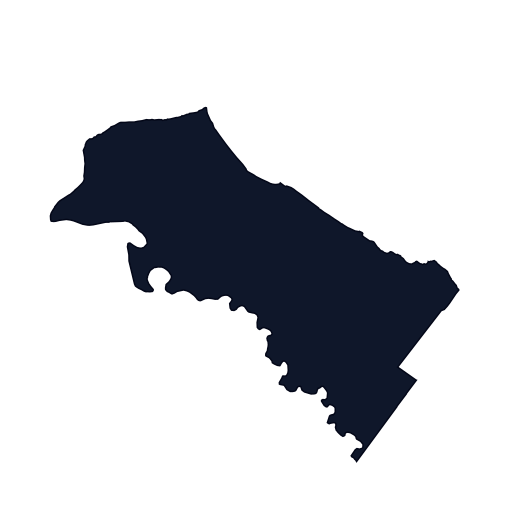 Kiang West, Lower River, Gambia, rotated 37°
{"feature_id": "56634734B57370738255875", "entity_name": "Kiang West", "entity_type": "district", "adm_level": 2, "iso_a3": "GMB", "parent_name": "Gambia", "parent_adm1": "Lower River", "projection": "orthographic", "projection_center": [-15.997, 13.345], "detail": "fine", "context": "isolated", "style": "filled", "palette": "ink", "viewbox_px": 512, "rotation_deg": 37, "n_neighbors": 0, "source": "geoboundaries", "source_scale": "gbopen_adm2", "svg_char_len": 6097}
<svg xmlns="http://www.w3.org/2000/svg" viewBox="0 0 512 512"><g transform="rotate(37 256 256)"><path d="M89.2,337.6L98.4,334.9L102.6,332.8L104.4,331.6L107.2,329.0L115.5,319.5L118.2,317.4L118.8,316.3L119.7,315.7L127.4,309.5L129.2,307.9L130.1,306.8L133.9,305.1L138.1,304.7L139.0,305.1L142.3,305.1L145.5,305.6L147.5,306.2L151.7,306.1L156.4,307.4L158.2,308.3L161.5,311.2L161.8,312.1L161.3,316.7L159.7,318.9L158.3,319.8L155.9,320.9L152.1,321.4L147.6,321.5L146.9,322.0L146.3,323.1L147.8,326.0L153.8,331.5L157.6,336.4L175.8,351.4L177.8,352.5L179.6,352.5L181.9,352.3L184.6,351.7L188.1,351.3L188.2,350.8L189.5,350.8L190.8,349.7L192.8,348.4L194.6,346.6L194.6,345.5L194.0,344.6L190.0,343.7L187.1,342.8L184.0,341.0L182.4,339.7L182.4,338.8L181.7,337.9L180.6,334.1L180.2,331.2L181.6,326.4L182.5,325.7L184.3,323.7L187.4,321.5L189.4,320.9L191.0,320.7L194.6,320.7L194.1,320.9L195.2,320.7L200.3,322.6L201.7,324.6L202.1,327.2L202.1,329.2L201.4,332.8L203.0,335.9L204.1,337.2L206.5,337.7L208.5,337.2L210.8,337.0L211.7,336.8L213.0,334.8L214.2,331.8L218.6,326.7L222.0,325.3L224.7,324.7L230.5,324.7L233.2,325.2L235.4,325.9L236.7,325.9L237.7,325.6L238.6,325.0L241.0,320.6L243.3,318.3L246.2,316.6L249.3,315.1L251.3,313.5L251.6,312.8L251.8,311.1L252.5,308.7L254.0,306.7L254.7,306.0L256.1,304.9L257.4,304.3L258.1,304.2L261.4,304.2L262.3,304.5L263.0,305.1L263.4,305.6L263.6,307.1L263.6,309.8L266.7,313.1L269.0,314.0L271.2,312.7L271.9,311.4L272.3,310.3L272.2,308.1L273.3,305.6L274.6,303.9L277.1,303.2L282.7,305.0L284.0,305.0L287.4,303.5L288.7,302.8L289.8,302.4L292.5,302.4L294.7,303.8L296.9,308.4L300.0,312.2L301.8,312.7L303.2,312.4L304.5,309.1L306.1,308.0L309.2,307.1L311.3,306.7L313.6,307.0L315.6,308.3L315.9,308.9L315.7,310.0L315.3,311.2L314.6,311.5L313.9,312.8L313.9,313.7L314.3,315.1L316.1,316.7L317.1,317.0L319.3,319.5L320.4,321.4L321.0,322.8L322.2,324.9L322.6,327.9L323.5,329.4L324.1,329.8L327.7,329.2L329.1,329.4L332.0,330.2L333.3,331.4L335.5,331.2L338.8,330.5L341.0,329.3L341.0,328.2L340.7,326.9L340.7,324.4L341.1,323.4L342.1,322.7L344.0,322.7L347.1,323.8L350.6,327.9L351.9,330.2L351.9,330.8L352.2,331.2L352.3,332.1L352.2,333.7L351.2,334.7L349.9,335.5L349.6,335.9L350.2,338.1L350.8,343.0L351.8,344.2L352.4,344.1L356.1,342.3L357.3,342.6L361.1,344.0L364.8,343.6L366.8,342.1L368.3,340.4L368.6,339.3L368.0,335.4L368.7,334.4L369.8,333.4L370.7,333.5L373.5,335.4L376.5,335.4L383.0,333.0L385.3,331.1L386.3,329.9L386.5,328.9L386.2,327.6L385.8,327.0L385.2,324.4L386.2,323.1L386.9,320.6L388.0,319.7L389.5,319.9L393.4,321.0L394.7,321.6L395.6,322.2L398.2,326.4L398.4,327.1L397.9,328.7L397.1,329.7L395.8,330.4L395.2,331.7L395.6,332.4L396.2,332.7L400.4,334.3L402.9,334.2L403.7,333.4L403.7,331.7L404.0,330.5L404.7,329.8L405.2,329.8L406.8,329.2L409.8,329.2L411.1,330.1L413.3,333.1L413.4,333.8L413.4,335.6L413.2,336.5L412.6,336.6L411.3,338.4L411.1,338.9L411.1,339.7L413.3,346.1L414.6,346.1L415.5,345.8L415.9,344.9L418.3,342.3L419.4,341.7L420.6,341.8L421.9,343.3L422.5,344.9L424.9,346.8L425.7,346.8L426.5,347.2L428.8,347.6L431.6,347.9L433.9,347.7L434.6,346.6L434.8,345.7L434.0,344.2L433.9,343.2L435.2,341.5L437.7,340.3L441.7,339.8L442.9,339.8L444.5,340.1L445.6,341.1L446.5,341.6L451.1,341.0L454.9,342.0L456.6,344.6L456.6,345.5L455.9,346.6L455.5,347.1L455.2,347.8L452.5,349.1L451.9,351.0L452.3,358.3L453.5,358.7L454.8,358.4L455.8,358.4L457.3,358.9L458.4,358.9L460.0,359.6L459.2,291.6L459.0,291.0L459.0,275.6L458.8,275.4L458.8,258.7L458.5,258.8L436.0,259.5L436.8,188.1L438.5,185.4L438.9,180.8L438.9,176.8L438.3,165.8L438.5,161.2L438.2,160.9L437.8,160.7L435.9,160.6L433.4,158.9L432.6,158.9L428.2,157.7L426.6,157.7L425.3,156.6L424.8,156.6L420.1,154.4L418.2,153.2L414.9,153.0L412.7,153.3L409.5,153.3L407.1,153.0L405.0,153.0L404.0,152.4L401.1,152.4L399.8,154.2L399.7,154.6L398.7,155.1L397.8,156.6L396.9,156.8L397.2,157.3L397.2,158.5L397.1,159.5L396.5,160.5L395.1,161.0L394.8,161.3L394.9,161.7L394.2,162.6L393.2,162.7L391.6,163.5L387.6,163.5L387.0,164.4L387.0,165.0L386.6,166.3L386.0,167.0L385.6,168.3L385.0,168.9L383.0,170.1L379.6,170.7L378.8,170.4L378.0,170.4L375.3,169.5L372.1,169.5L371.5,169.0L370.8,169.0L369.5,169.5L368.2,169.5L367.2,170.6L365.3,170.9L363.1,170.9L361.7,171.2L360.7,171.8L360.4,173.4L359.5,174.7L358.8,175.3L355.9,176.2L354.2,176.0L353.0,176.5L351.0,176.5L349.7,176.0L347.5,175.9L342.0,174.0L341.0,174.0L339.5,174.5L337.6,175.6L329.0,176.0L329.0,176.6L328.7,175.4L327.8,174.6L327.8,173.9L327.1,173.5L326.4,173.5L323.8,174.1L323.8,174.5L320.1,176.4L313.9,177.7L312.1,178.2L307.6,178.6L305.6,178.6L304.5,179.0L301.2,179.0L296.0,179.4L290.4,179.6L283.9,180.2L279.7,180.2L278.6,180.4L276.8,180.4L276.8,180.0L264.3,180.1L255.8,179.9L249.1,180.1L245.9,180.0L242.8,180.3L238.4,181.7L238.1,182.5L236.6,183.0L231.4,183.0L231.6,184.1L229.8,186.1L228.3,187.4L226.0,188.7L223.6,189.6L220.9,190.0L214.2,191.5L208.1,192.6L205.9,192.6L198.7,193.6L196.9,193.4L195.6,192.5L190.3,190.9L181.1,189.1L172.2,186.9L164.8,184.9L153.2,181.4L147.7,179.6L146.7,179.5L144.7,178.6L141.4,176.2L138.1,175.3L131.6,171.7L130.0,170.4L127.2,167.5L126.5,167.7L125.6,169.0L125.3,170.1L125.1,171.4L123.1,174.3L123.1,175.4L122.7,176.5L120.2,179.2L117.0,182.3L117.0,183.2L115.4,184.7L115.2,185.2L113.4,188.2L112.5,188.5L112.3,189.8L110.0,192.7L109.1,193.3L105.1,198.2L103.8,199.5L102.9,200.0L102.6,201.1L101.1,202.2L99.9,203.9L98.6,203.9L95.9,205.9L93.0,208.6L90.8,209.6L89.6,211.0L88.1,212.1L86.5,213.0L83.6,216.6L80.6,219.5L78.2,222.3L74.3,225.2L71.4,227.8L67.4,230.9L66.5,232.5L64.7,236.9L62.5,240.2L62.6,241.1L61.7,244.4L60.4,248.4L59.7,249.7L59.7,250.8L59.2,251.9L58.1,253.1L57.5,253.3L56.6,254.8L56.5,255.7L56.5,257.2L55.2,258.4L55.2,259.5L55.0,260.3L54.3,261.4L52.7,262.6L52.0,265.7L52.0,267.5L52.5,268.2L52.5,269.1L52.9,270.2L53.4,270.7L53.6,271.3L54.5,275.5L59.8,280.4L61.4,282.4L64.0,285.1L66.0,288.5L68.7,292.4L70.4,295.6L72.4,297.6L73.1,299.1L73.5,301.4L73.1,305.1L72.6,308.6L71.7,312.4L71.7,313.5L70.6,318.6L69.9,319.9L66.2,329.9L65.8,332.1L65.7,337.9L66.0,338.5L66.2,341.7L66.6,345.0L67.7,347.7L70.2,350.6L71.5,351.4L73.7,350.1L75.1,348.8L77.6,345.7L82.5,340.9L86.1,338.9L89.2,337.6Z" fill="#0f172a" stroke="#020617" stroke-width="1.5"/></g></svg>